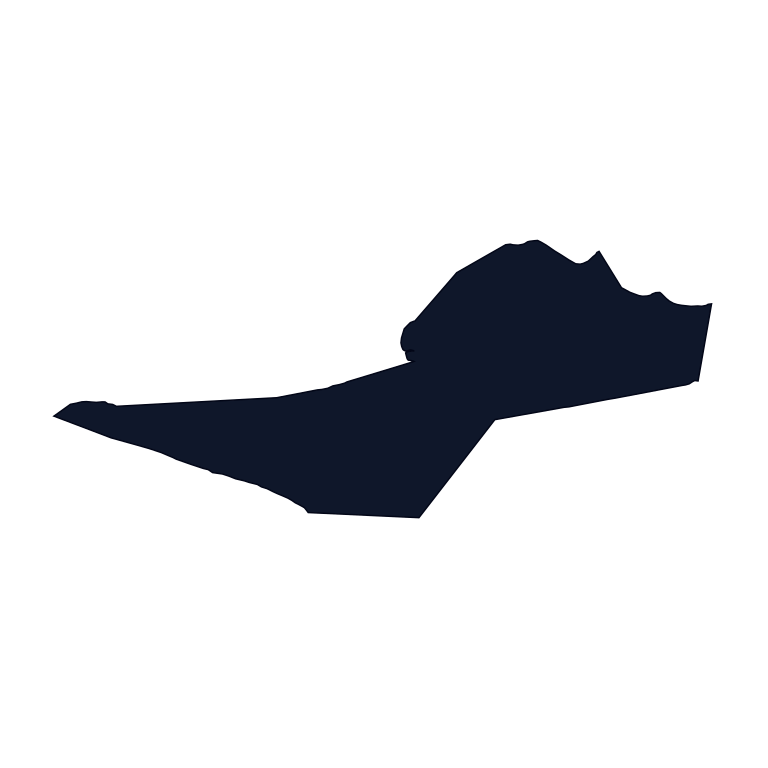 the district of Sitio de Xitlapehua, Oaxaca, Mexico, rotated 267°
{"feature_id": "50627088B78797893592894", "entity_name": "Sitio de Xitlapehua", "entity_type": "district", "adm_level": 2, "iso_a3": "MEX", "parent_name": "Mexico", "parent_adm1": "Oaxaca", "projection": "robinson", "projection_center": [-96.535, 16.367], "detail": "fine", "context": "isolated", "style": "filled", "palette": "ink", "viewbox_px": 768, "rotation_deg": 267, "n_neighbors": 0, "source": "geoboundaries", "source_scale": "gbopen_adm2", "svg_char_len": 2020}
<svg xmlns="http://www.w3.org/2000/svg" viewBox="0 0 768 768"><g transform="rotate(267 384 384)"><path d="M491.4,462.5L487.7,459.0L464.4,436.6L455.5,428.0L445.2,418.1L445.1,417.2L443.9,413.5L441.1,410.4L438.0,407.1L429.1,403.9L424.2,403.1L420.8,403.6L419.5,404.0L417.4,404.8L416.4,406.0L415.6,407.7L415.6,407.8L416.8,412.3L415.5,416.1L415.3,412.1L415.3,410.8L414.8,409.1L414.1,408.0L414.1,407.4L413.9,407.2L408.6,408.3L407.6,408.7L406.6,409.4L406.5,409.6L406.6,409.8L405.6,413.9L405.0,415.1L403.8,410.9L388.0,347.1L386.9,344.7L385.7,339.3L384.8,332.9L382.7,327.7L381.8,321.7L381.6,317.2L375.9,276.0L375.7,115.6L377.1,113.2L377.8,111.9L378.3,109.1L378.6,107.2L380.7,104.5L380.9,101.3L380.8,98.7L380.7,95.8L381.3,90.9L382.0,85.9L382.0,81.4L381.4,78.1L381.0,76.2L380.1,69.7L379.6,69.0L369.2,52.7L359.7,74.3L344.5,108.7L336.7,132.0L332.0,145.7L327.2,158.0L324.0,164.5L321.6,169.5L319.8,172.6L313.8,187.2L309.1,199.2L307.7,204.0L304.5,208.2L302.6,217.9L300.3,223.9L297.1,230.9L294.6,239.5L292.8,244.1L290.3,252.3L287.7,256.2L285.6,261.8L282.3,267.6L280.1,271.8L277.7,276.8L275.1,282.0L272.6,285.9L270.0,289.2L268.4,292.1L265.9,296.2L264.6,298.1L262.0,300.0L259.6,301.6L248.7,411.9L342.6,492.8L351.3,562.6L351.5,567.5L352.5,574.5L356.9,606.2L357.8,614.2L367.0,681.8L367.3,684.9L368.2,688.8L370.3,692.4L371.2,694.5L370.6,697.8L414.2,707.8L446.1,715.1L446.9,715.3L446.6,711.8L445.6,709.9L445.0,705.4L445.5,701.5L445.5,698.4L445.5,694.7L446.1,690.8L447.0,685.2L448.0,680.9L449.4,677.2L452.0,673.1L454.7,670.2L459.8,665.6L461.0,664.2L461.0,660.2L459.9,656.6L458.7,654.8L458.1,651.4L458.1,646.7L458.9,643.2L460.9,638.5L462.8,634.2L466.1,628.9L467.7,626.2L505.2,605.7L504.2,603.5L502.2,602.2L500.2,599.4L498.4,597.3L496.0,594.4L494.0,589.3L493.4,586.2L494.0,581.7L498.3,575.0L503.5,567.8L508.0,561.2L514.2,553.2L517.4,548.3L519.3,544.9L519.2,541.7L518.9,537.1L518.6,535.4L518.4,534.7L516.7,531.7L516.2,529.9L515.6,525.3L516.2,520.2L517.0,517.4L516.7,512.8L491.4,462.5Z" fill="#0f172a" stroke="#020617" stroke-width="1.5"/></g></svg>